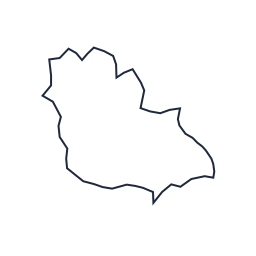 Peristerona Lefkosias, Nicosia, Cyprus (Mercator projection), rotated 109°
{"feature_id": "46923920B8604631977543", "entity_name": "Peristerona Lefkosias", "entity_type": "district", "adm_level": 2, "iso_a3": "CYP", "parent_name": "Cyprus", "parent_adm1": "Nicosia", "projection": "mercator", "projection_center": [33.074, 35.132], "detail": "fine", "context": "isolated", "style": "outline", "palette": "slate", "viewbox_px": 256, "rotation_deg": 109, "n_neighbors": 0, "source": "geoboundaries", "source_scale": "gbopen_adm2", "svg_char_len": 799}
<svg xmlns="http://www.w3.org/2000/svg" viewBox="0 0 256 256"><g transform="rotate(109 128 128)"><path d="M190.5,79.6L177.3,74.9L167.2,68.7L166.5,59.3L155.6,51.5L148.6,39.8L147.2,31.2L141.2,32.2L134.2,35.7L129.8,39.2L123.8,47.2L121.3,51.7L119.3,57.7L116.3,63.7L114.8,71.7L108.9,80.2L103.4,83.7L92.5,85.2L97.3,94.5L103.5,102.3L105.1,112.4L105.1,122.6L87.2,124.9L81.0,130.4L70.9,142.8L77.1,149.9L84.1,155.3L71.7,160.0L64.7,165.5L63.1,175.6L63.1,186.5L70.9,190.5L78.7,193.6L74.0,201.4L72.4,210.0L84.1,215.4L88.8,224.8L103.5,217.8L112.8,214.6L125.3,219.3L127.6,207.6L139.3,195.1L148.6,194.4L158.7,189.7L167.2,178.7L177.3,176.4L185.9,172.5L192.9,153.0L192.1,142.1L192.1,132.7L190.5,123.3L182.0,110.8L180.4,102.3L179.7,94.5L180.4,83.5L190.5,79.6Z" fill="none" stroke="#1e293b" stroke-width="2"/></g></svg>